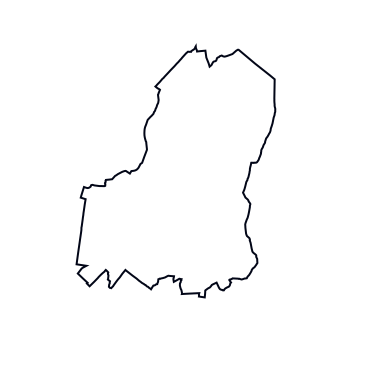 the district of Siretel, Iasi, Romania, rotated 43°
{"feature_id": "2599482B550039581691", "entity_name": "Siretel", "entity_type": "district", "adm_level": 2, "iso_a3": "ROU", "parent_name": "Romania", "parent_adm1": "Iasi", "projection": "orthographic", "projection_center": [26.741, 47.42], "detail": "fine", "context": "isolated", "style": "outline", "palette": "ink", "viewbox_px": 384, "rotation_deg": 43, "n_neighbors": 0, "source": "geoboundaries", "source_scale": "gbopen_adm2", "svg_char_len": 5967}
<svg xmlns="http://www.w3.org/2000/svg" viewBox="0 0 384 384"><g transform="rotate(43 192 192)"><path d="M269.9,246.5L270.3,245.3L271.8,241.5L277.0,243.6L278.2,243.9L279.0,243.9L279.6,243.7L280.4,243.4L281.0,242.9L281.7,242.6L281.9,242.7L282.4,242.1L282.2,241.5L282.1,240.8L282.2,239.6L282.6,238.4L282.8,237.7L283.5,236.2L283.5,235.4L283.3,234.4L282.2,232.4L282.3,231.6L280.4,231.2L279.4,231.0L279.2,230.7L279.5,230.0L280.2,229.1L280.3,228.5L280.6,228.0L280.6,227.5L284.4,224.3L284.9,223.9L285.4,223.7L285.6,223.3L287.1,222.6L288.0,222.1L288.5,221.3L289.6,219.2L290.2,218.7L290.9,217.7L290.7,217.2L290.4,216.0L290.4,213.7L289.8,210.7L289.6,210.0L289.4,209.2L288.9,208.3L288.7,207.0L288.6,206.6L288.7,206.2L288.8,205.4L289.0,204.4L288.7,201.8L288.6,201.2L288.4,200.5L288.4,199.7L288.2,199.3L285.3,196.5L285.1,196.4L283.5,195.8L283.1,195.6L282.9,195.2L282.6,194.9L282.1,194.5L281.6,194.4L281.0,194.4L278.5,194.6L277.2,194.5L276.5,194.2L276.1,193.9L274.1,192.6L269.5,189.2L267.8,188.3L267.6,188.1L267.4,188.1L267.2,187.8L266.9,187.6L266.7,187.2L266.1,186.9L265.3,186.6L262.3,186.7L261.7,186.5L260.0,185.6L255.4,181.7L254.6,180.9L253.1,179.5L252.5,178.5L252.2,177.9L250.9,174.9L250.3,173.0L248.7,170.0L247.3,167.7L244.8,163.8L244.3,163.2L243.6,162.4L243.3,161.7L242.9,161.0L242.4,160.8L241.3,160.5L240.4,160.4L239.9,160.3L238.9,159.7L237.8,159.5L234.7,159.6L234.2,159.3L229.8,157.7L229.2,156.1L228.9,155.2L228.2,153.6L227.9,153.1L227.2,151.7L225.0,147.8L224.8,147.4L224.4,145.5L223.7,144.5L223.5,143.6L223.1,142.6L221.0,138.9L220.2,137.8L219.6,136.7L219.2,136.3L218.5,135.5L217.4,133.7L217.2,133.2L216.4,131.8L215.4,130.2L216.2,129.4L216.9,129.1L217.1,128.6L217.9,127.9L218.0,127.6L218.7,127.1L218.9,126.8L219.2,126.0L219.2,125.7L219.1,124.9L218.9,123.4L218.6,122.5L218.0,121.3L217.5,119.7L216.9,118.4L216.8,118.0L216.4,117.2L216.2,116.8L215.4,115.9L215.3,115.5L214.6,114.7L214.1,114.0L213.7,112.8L213.4,111.2L212.4,109.0L212.3,108.6L212.2,108.2L212.0,107.0L211.8,106.2L211.7,106.0L211.0,105.1L210.8,104.6L209.8,102.5L209.6,101.6L209.5,100.1L208.9,97.6L208.6,96.7L208.4,95.4L208.2,94.9L207.6,93.6L206.4,91.9L205.6,90.0L204.1,86.9L201.0,81.9L200.0,79.6L198.6,77.6L198.4,77.1L198.2,76.6L197.5,75.9L197.0,75.3L196.4,74.6L195.7,74.0L194.8,73.5L194.4,73.2L193.7,72.7L192.9,71.8L190.9,70.0L189.7,68.8L189.3,68.3L188.4,67.4L175.6,53.2L170.2,53.5L150.4,55.1L129.1,56.2L128.5,56.7L128.0,58.4L127.5,63.5L124.8,68.8L123.6,70.7L122.4,71.5L120.7,71.9L119.7,73.8L119.7,74.5L119.7,75.0L119.3,75.7L119.0,76.7L119.1,77.3L119.7,78.4L120.1,79.5L119.8,80.5L119.1,81.5L118.9,82.2L118.9,82.9L119.7,86.0L119.4,88.3L116.5,86.6L110.8,83.9L105.4,79.5L101.5,83.9L99.9,85.8L99.4,85.4L98.8,85.0L97.1,84.3L96.5,83.9L95.4,82.9L95.6,83.8L96.0,84.6L96.2,85.8L96.1,86.7L95.8,87.7L95.7,88.3L95.5,89.0L95.4,89.4L95.5,89.8L95.7,90.1L94.7,91.1L93.4,92.1L93.3,92.4L93.3,93.0L93.1,94.5L93.2,100.8L93.3,101.3L93.3,103.9L93.4,106.3L93.3,108.5L93.4,111.9L93.3,117.2L93.3,126.6L93.4,128.0L93.2,129.4L93.4,133.3L93.3,137.4L93.4,138.3L93.3,139.8L94.1,139.8L96.2,139.6L98.1,139.1L98.9,139.1L100.1,142.4L100.5,142.9L100.6,143.5L100.7,143.9L101.3,144.5L104.9,147.5L106.1,149.3L106.4,149.7L106.8,150.7L106.9,151.4L107.2,152.1L107.3,152.5L107.9,153.5L108.5,155.1L108.6,155.8L109.2,157.0L109.6,158.0L109.7,158.6L109.7,159.3L110.5,161.2L110.5,164.1L110.4,165.3L110.4,167.0L110.4,169.3L110.5,169.7L112.5,174.1L113.3,176.2L113.7,177.0L114.4,178.2L115.3,179.4L117.0,181.4L118.6,183.0L120.1,184.2L121.6,185.2L123.8,186.5L124.0,186.5L124.5,186.7L125.2,187.4L129.6,191.2L130.2,191.8L130.4,192.2L132.0,196.1L133.1,198.8L135.6,204.6L135.6,205.0L135.2,206.6L136.3,210.5L136.4,211.4L136.4,212.3L136.4,212.9L136.1,214.1L135.9,214.6L135.5,215.4L134.7,216.5L133.5,217.9L133.4,218.1L134.0,220.9L129.3,221.7L129.0,221.9L128.3,222.8L127.5,224.3L127.1,225.2L125.6,229.5L125.2,231.5L124.8,232.6L124.9,237.1L122.9,239.5L121.4,241.2L120.8,241.9L121.0,242.3L121.0,242.6L122.0,243.5L122.0,244.3L122.2,244.6L122.5,244.8L122.5,245.0L123.2,245.3L123.3,245.4L123.5,245.7L123.8,246.0L123.8,246.4L124.3,246.7L124.3,246.9L124.0,247.4L122.1,249.1L120.1,250.9L116.2,253.7L114.4,254.6L113.8,255.4L113.6,255.9L114.2,257.2L114.0,258.3L113.7,259.3L113.1,260.2L111.9,261.0L109.6,262.0L113.3,269.7L114.5,272.0L119.1,269.8L121.8,273.9L125.5,279.2L127.0,281.4L128.3,283.1L129.5,284.9L130.6,286.4L134.9,292.5L135.4,293.4L137.0,295.2L138.3,297.0L142.8,303.5L143.1,303.9L149.7,313.4L156.9,323.6L165.1,318.0L163.6,322.4L163.6,322.9L163.5,323.7L163.6,324.1L164.1,329.5L171.0,329.6L177.6,329.6L177.5,330.6L181.4,330.8L181.7,324.2L181.8,319.0L181.7,318.0L181.8,314.6L182.0,311.9L182.3,309.9L182.2,309.5L182.1,308.9L182.1,307.8L183.9,307.8L185.6,307.9L186.1,308.9L186.4,309.2L187.0,309.7L187.6,309.8L187.9,310.1L189.6,312.4L190.1,313.1L190.2,313.4L192.9,313.2L193.3,314.1L193.9,314.6L194.2,315.1L194.4,315.8L194.7,316.4L195.9,318.0L197.3,318.1L197.5,318.0L197.7,317.8L198.1,317.5L198.5,317.4L198.5,315.5L198.6,314.7L198.4,314.2L197.8,309.5L197.5,306.6L197.4,303.6L196.8,299.3L196.5,294.4L197.4,294.4L205.6,293.7L210.6,293.1L213.9,293.0L215.9,292.7L216.9,292.7L218.0,292.5L219.5,292.1L220.6,292.1L221.4,291.7L223.3,291.8L224.7,291.3L225.7,291.4L227.5,291.1L228.4,291.1L227.6,287.1L227.6,286.7L228.3,285.9L228.5,285.4L228.8,283.8L229.4,283.1L229.0,282.4L228.7,281.4L228.2,280.5L226.9,278.8L227.2,278.2L227.4,277.5L227.9,277.3L228.1,276.7L229.5,274.7L230.6,272.8L231.3,270.6L231.8,269.4L233.7,268.0L236.3,265.9L236.8,266.6L237.7,268.3L238.4,268.9L240.0,270.1L241.2,266.5L241.9,264.1L243.8,262.9L244.0,263.4L244.4,263.8L244.2,264.2L244.2,264.4L244.7,265.0L245.1,265.4L245.5,266.7L245.5,267.0L246.6,268.3L247.1,268.8L248.9,270.0L249.6,270.4L251.2,271.0L252.8,272.1L254.0,273.1L254.2,273.5L258.7,268.8L266.3,261.0L266.9,262.1L267.4,262.7L268.1,263.2L268.4,263.7L273.2,260.4L271.0,257.5L268.9,255.0L268.9,254.4L269.1,253.6L269.2,253.0L269.3,252.3L269.6,251.1L270.0,250.1L270.2,249.4L270.1,247.7L270.0,247.1L269.9,246.5Z" fill="none" stroke="#020617" stroke-width="2"/></g></svg>